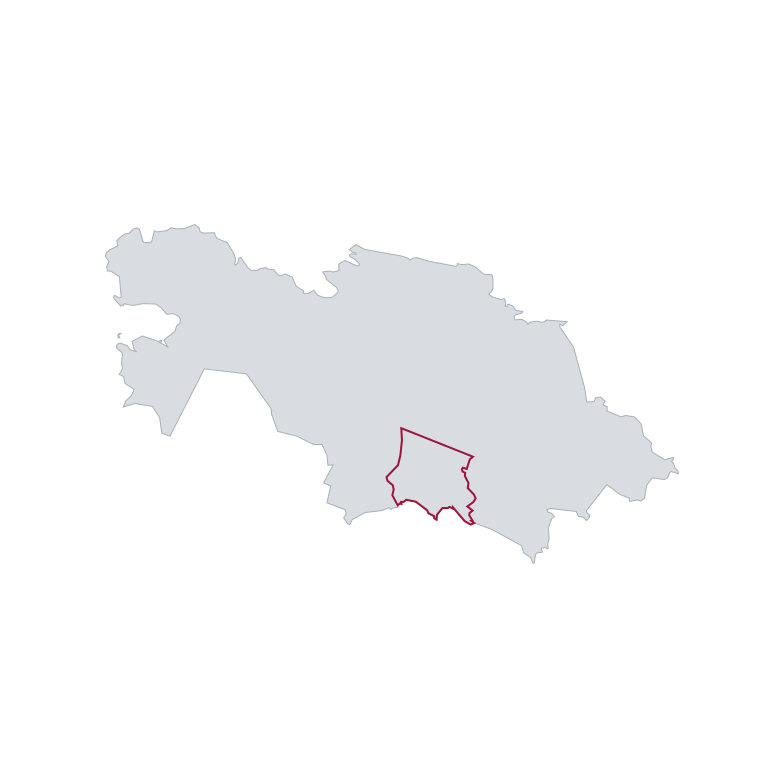 Zhambyl on a map of Kazakhstan (Equal Earth projection), rotated 22°
{"feature_id": "KAZ-3252", "entity_name": "Zhambyl", "entity_type": "Region", "adm_level": 1, "iso_a3": "KAZ", "parent_name": "Kazakhstan", "parent_adm1": "", "projection": "equal_earth", "projection_center": [72.801, 44.147], "detail": "coarse", "context": "in_parent", "style": "outline", "palette": "rose", "viewbox_px": 768, "rotation_deg": 22, "n_neighbors": 0, "source": "natural_earth", "source_scale": "10m", "svg_char_len": 4413}
<svg xmlns="http://www.w3.org/2000/svg" viewBox="0 0 768 768"><g transform="rotate(22 384 384)"><path d="M443.2,493.3L439.5,494.9L437.4,497.7L434.8,496.8L429.6,502.1L414.5,510.3L405.3,521.8L405.0,527.1L402.5,527.1L396.7,523.2L397.8,518.6L395.1,515.1L375.6,515.5L372.8,498.5L365.0,498.3L367.2,478.0L362.4,480.3L357.9,471.5L349.0,463.2L341.6,466.5L322.4,465.0L303.2,467.8L291.0,454.0L288.9,449.4L252.6,426.1L211.7,437.3L205.1,512.5L196.5,513.0L188.5,499.1L177.6,491.5L160.4,495.4L150.8,503.0L150.9,496.3L154.1,489.6L154.5,482.7L143.7,480.5L139.9,474.6L134.9,474.3L135.8,468.0L132.7,462.5L130.1,453.5L122.6,450.8L121.7,448.1L122.7,445.6L124.6,444.8L131.6,444.7L136.2,447.3L142.0,446.7L138.6,444.9L134.6,438.8L142.0,430.0L157.7,429.1L169.5,430.6L163.4,425.7L170.4,413.4L169.9,407.8L172.0,404.0L170.9,400.3L168.7,398.3L162.2,397.6L156.6,400.8L149.1,396.9L142.6,395.3L130.4,399.8L121.5,405.4L113.1,406.9L113.0,409.1L111.9,408.6L110.5,409.6L110.8,410.5L101.9,406.0L100.6,404.3L101.0,402.7L106.5,403.3L107.8,401.9L98.4,383.6L88.2,381.7L85.2,382.9L82.8,378.9L83.2,373.4L77.7,369.9L77.4,366.8L79.5,362.3L85.5,355.7L82.7,351.5L83.5,348.9L87.1,342.3L91.4,339.4L93.4,334.3L96.4,331.8L99.4,332.3L107.2,342.2L108.6,342.7L113.7,340.8L115.2,339.2L113.7,327.9L116.4,328.1L124.8,323.4L128.0,319.0L133.0,318.1L140.7,314.6L148.9,307.0L154.2,308.5L156.4,311.7L160.3,311.6L169.8,307.4L174.4,311.6L185.7,311.6L196.5,319.8L200.1,324.7L200.4,328.4L201.5,329.3L203.2,327.0L202.3,321.6L203.9,320.4L213.8,326.9L218.4,328.4L224.1,326.0L225.8,323.5L231.3,320.2L233.1,321.0L239.0,319.4L245.1,322.7L248.3,322.0L251.3,318.9L259.0,319.4L266.1,326.3L274.4,327.7L275.2,330.1L279.7,328.5L283.8,323.4L288.9,326.6L296.6,326.3L303.5,323.2L306.9,316.3L306.6,314.5L303.9,312.3L291.0,308.5L290.0,306.2L285.0,303.2L291.1,299.7L294.8,299.2L299.8,295.8L297.1,289.6L301.5,284.1L314.9,284.7L316.6,283.5L315.8,281.7L310.8,279.5L304.2,278.4L303.7,277.5L304.8,275.5L309.4,274.1L308.6,273.1L305.3,273.6L301.5,272.4L305.7,265.2L315.7,266.5L352.7,258.7L359.4,258.4L361.6,259.4L363.9,256.3L367.5,254.4L378.2,253.6L406.1,248.1L407.4,246.8L406.9,244.9L411.5,244.1L418.0,240.9L425.4,241.4L435.1,244.9L443.1,242.3L445.5,245.5L449.3,254.8L448.8,259.0L447.3,260.9L447.9,261.7L451.4,262.7L461.0,261.9L463.6,259.7L466.5,263.3L467.4,266.6L469.4,265.6L469.0,263.9L469.9,263.1L474.1,263.6L478.6,266.3L485.6,264.8L485.1,266.8L479.8,270.8L479.5,272.8L481.2,275.5L487.8,272.4L492.8,273.2L494.9,274.8L496.3,271.9L501.8,268.7L507.4,267.5L509.6,266.1L510.4,263.9L530.4,257.6L527.9,262.9L524.6,262.8L525.5,265.1L545.8,278.7L570.7,311.4L578.9,324.8L585.3,321.6L585.4,317.2L589.5,315.1L595.4,317.0L594.8,321.2L599.5,321.4L600.9,325.5L616.2,325.7L619.9,322.6L628.6,320.7L637.6,324.8L644.0,334.9L654.1,338.3L654.6,341.5L658.4,346.8L672.8,349.0L679.7,343.7L680.7,345.2L679.4,347.8L682.3,349.2L685.4,353.0L689.1,354.4L690.6,356.9L683.0,357.6L681.9,359.7L682.2,364.4L679.9,367.6L668.1,370.4L665.4,379.5L668.4,392.4L666.0,396.2L662.2,396.7L655.7,400.8L653.7,398.0L643.7,398.0L628.4,393.8L619.2,425.3L619.5,426.8L624.0,428.7L624.3,431.3L622.9,434.7L618.9,432.8L614.0,434.0L609.9,430.2L584.9,437.1L582.1,439.6L584.1,441.3L588.1,441.1L591.7,443.0L589.9,446.2L590.3,455.4L595.3,466.3L595.8,471.5L597.8,474.5L597.3,475.7L595.2,475.2L591.7,476.9L591.6,478.4L594.1,480.4L589.0,483.3L588.4,485.5L590.3,493.5L589.5,494.5L584.8,489.9L577.0,488.4L572.0,482.4L538.3,478.4L520.2,479.1L517.1,481.6L512.8,481.2L504.1,478.3L494.5,472.9L490.5,473.8L484.3,477.8L482.2,486.2L483.4,490.0L464.2,482.8L456.1,481.5L448.1,483.3L442.3,491.4L443.2,493.3ZM121.7,440.1L120.2,440.6L118.9,438.5L119.6,436.3L121.1,435.6L119.6,438.2L121.7,440.1ZM161.6,429.0L160.4,428.6L159.8,427.7L161.5,426.8L161.6,429.0Z" fill="#d9dde1" stroke="#a8b0b8" stroke-width="1"/><path d="M510.3,481.0L494.1,472.5L494.6,473.7L490.7,473.4L489.7,475.1L484.6,477.2L482.1,485.5L483.6,490.1L480.7,489.6L480.0,487.8L473.6,487.2L471.3,484.9L457.5,481.2L448.0,483.0L446.3,486.0L444.1,486.8L445.1,488.7L443.5,488.7L442.2,491.4L433.4,484.0L432.5,478.2L430.1,474.6L423.4,472.4L421.2,469.4L427.4,454.0L425.9,444.0L421.7,429.4L416.6,418.5L493.7,418.1L491.8,421.7L492.5,431.8L488.6,432.0L488.1,433.8L489.5,435.7L492.5,436.0L493.5,439.1L499.5,444.2L500.6,449.1L509.0,452.9L511.8,455.8L511.1,459.9L507.2,466.3L513.6,468.2L511.6,471.7L512.2,473.8L517.2,477.5L516.2,478.2L519.7,479.1L517.2,481.8L510.3,481.0Z" fill="none" stroke="#9f1239" stroke-width="2"/></g></svg>